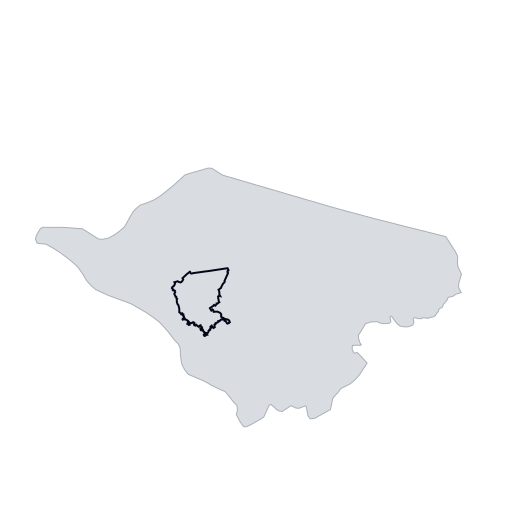 Ar-Raqqa, Ar Raqqah, Syria shown in context, rotated 228°
{"feature_id": "27442178B57458390277946", "entity_name": "Ar-Raqqa", "entity_type": "district", "adm_level": 2, "iso_a3": "SYR", "parent_name": "Syria", "parent_adm1": "Ar Raqqah", "projection": "natural_earth1", "projection_center": [39.122, 35.826], "detail": "fine", "context": "in_parent", "style": "outline", "palette": "ink", "viewbox_px": 512, "rotation_deg": 228, "n_neighbors": 0, "source": "geoboundaries", "source_scale": "gbopen_adm2", "svg_char_len": 6161}
<svg xmlns="http://www.w3.org/2000/svg" viewBox="0 0 512 512"><g transform="rotate(228 256 256)"><path d="M98.7,187.3L102.4,187.7L110.3,192.5L111.6,192.4L114.1,186.0L116.5,183.8L121.4,181.9L122.9,171.5L125.2,169.6L128.0,168.5L132.2,168.3L135.9,167.7L136.2,165.8L131.1,153.9L131.6,150.8L134.2,138.8L135.8,134.1L137.3,132.6L143.2,133.2L151.4,135.3L153.5,138.7L157.5,141.8L163.5,141.6L170.5,142.2L175.9,142.4L180.3,140.2L190.1,136.2L194.9,134.8L199.3,133.0L213.5,126.4L219.2,126.9L223.1,127.8L226.1,128.9L232.7,133.4L238.2,138.0L242.1,139.3L249.0,139.2L259.1,140.1L271.4,140.0L278.6,138.7L287.8,136.5L304.2,131.1L325.7,119.8L338.4,114.3L343.9,113.7L351.0,113.6L358.1,115.1L366.2,116.1L369.9,116.0L378.6,114.9L389.9,112.6L397.0,110.7L405.6,107.7L410.9,102.6L412.6,102.0L414.8,103.0L415.9,103.3L418.1,106.2L420.5,113.7L420.5,114.5L420.1,116.6L414.5,122.8L407.0,131.1L401.6,136.4L392.4,145.2L385.6,147.1L374.0,150.3L370.9,153.4L368.0,158.4L366.4,165.3L365.9,169.6L365.6,177.6L368.4,185.9L371.1,193.9L371.5,199.1L371.2,204.3L368.7,209.9L366.0,217.5L364.5,226.1L363.7,242.2L363.8,256.0L363.6,258.2L358.9,267.9L353.3,279.3L350.7,281.9L338.4,285.3L325.0,293.6L310.0,302.8L296.3,311.3L282.0,320.1L267.1,329.3L256.5,335.9L242.2,344.7L229.2,353.0L216.0,361.6L206.0,368.0L190.8,378.2L181.8,384.2L168.7,393.0L157.1,400.8L143.4,410.0L126.2,407.2L120.8,405.7L116.4,401.3L113.2,399.0L105.1,396.6L100.0,388.3L96.9,385.4L91.5,384.1L93.9,378.8L94.3,375.4L96.7,371.1L95.3,368.4L94.6,362.5L93.6,361.0L93.2,359.5L94.1,357.6L93.8,355.6L92.8,354.8L92.4,351.8L91.7,349.7L92.1,347.0L93.3,345.3L94.6,342.0L96.0,341.0L98.3,338.9L98.9,336.7L101.0,334.6L103.8,332.9L104.4,331.5L104.0,330.7L101.3,329.1L99.8,326.4L101.2,322.4L102.1,321.1L103.7,319.2L107.5,316.2L110.4,315.7L112.9,315.7L117.1,316.0L120.3,316.5L121.2,315.7L121.1,314.8L117.0,312.3L116.8,310.4L117.9,308.4L120.8,305.1L124.2,302.7L125.9,302.3L129.9,297.5L132.4,292.1L128.5,279.0L126.0,277.0L122.1,275.2L119.7,274.9L119.6,274.0L122.7,270.7L125.0,267.8L122.5,265.1L118.2,263.8L116.5,266.6L110.8,266.9L102.1,266.9L98.4,253.1L97.8,247.1L98.0,240.2L100.8,230.1L99.6,225.4L99.5,222.3L98.9,217.9L92.1,208.6L96.0,191.4L98.7,187.3Z" fill="#d9dde1" stroke="#a8b0b8" stroke-width="1"/><path d="M231.1,168.5L231.5,170.1L232.2,170.7L232.3,171.2L232.3,171.5L232.0,171.8L232.2,172.2L231.9,172.5L232.5,173.1L232.4,173.7L232.9,174.0L232.9,174.3L233.9,174.8L233.9,176.3L233.7,176.2L233.3,176.3L233.1,176.1L233.2,175.6L232.8,175.4L232.1,175.8L232.2,176.2L231.0,176.3L231.0,176.8L230.8,177.0L230.7,177.7L231.2,178.0L231.9,178.4L232.0,178.6L232.7,179.2L232.4,180.2L233.1,180.6L232.9,181.2L233.0,181.6L232.5,182.6L232.5,182.9L232.3,183.2L232.3,183.9L232.2,184.5L232.7,184.6L232.3,185.2L232.2,185.9L232.1,186.1L232.0,186.4L232.2,187.2L232.0,187.4L231.6,188.3L231.3,188.4L231.1,189.0L230.8,189.4L230.8,189.6L230.6,189.6L230.5,189.9L230.1,189.7L228.9,189.2L228.3,189.6L228.4,189.9L227.0,189.8L226.5,189.6L225.5,189.4L224.8,189.6L224.5,190.7L224.3,191.0L224.5,191.4L224.3,192.2L224.7,192.4L224.8,192.4L225.4,192.7L227.1,192.8L228.6,191.8L230.2,190.7L231.8,190.3L233.7,189.4L234.2,189.6L234.8,189.9L235.0,190.3L235.3,190.5L235.8,191.0L236.5,191.3L238.0,191.2L239.1,190.7L240.3,190.2L241.1,189.4L241.9,188.5L242.5,187.6L242.6,187.3L243.0,187.2L243.7,187.6L244.5,188.0L245.4,187.9L245.4,187.6L245.4,186.5L245.4,186.3L246.9,186.6L247.5,186.8L247.8,186.7L248.1,186.8L247.6,190.5L247.7,192.1L246.9,192.2L246.3,192.5L246.6,194.8L247.0,195.0L246.4,195.8L246.3,197.7L246.6,197.6L250.9,200.4L251.3,200.7L251.0,202.1L250.2,202.6L251.9,203.0L254.1,204.9L256.0,205.6L255.7,208.6L256.5,210.1L257.5,213.0L257.6,215.1L258.0,215.7L258.6,216.0L262.0,223.7L262.2,223.8L262.3,223.8L262.5,223.8L262.8,223.9L262.8,224.0L263.0,224.0L263.3,224.2L263.3,224.3L263.5,224.4L263.6,224.5L263.7,224.8L263.7,225.0L263.8,225.0L263.8,225.3L263.7,225.4L263.7,225.5L263.7,225.8L263.8,225.9L263.8,226.0L264.0,226.1L264.3,226.2L264.5,226.2L264.6,226.3L264.8,226.3L265.6,226.7L265.9,226.7L267.1,225.0L277.2,209.7L277.9,208.8L282.7,201.7L283.6,200.4L284.3,199.3L284.7,198.7L285.4,197.7L285.6,197.4L285.8,196.8L286.2,196.3L286.5,196.0L287.8,195.9L288.3,196.4L288.6,196.3L288.6,196.0L288.5,195.9L288.8,192.9L288.7,186.5L287.3,186.2L286.6,184.1L286.8,182.3L288.5,181.2L289.6,180.9L291.1,177.8L289.7,177.4L289.1,176.2L288.7,175.0L288.9,174.7L288.8,173.6L288.9,173.0L288.5,172.1L288.1,172.2L287.9,172.1L287.5,172.1L287.2,172.0L286.9,172.0L286.6,171.4L286.1,171.3L285.4,172.2L284.7,172.4L284.7,172.2L284.4,172.0L283.2,171.8L282.6,170.0L279.8,169.1L279.5,169.0L279.3,169.2L279.2,169.1L278.9,169.3L278.3,168.8L276.9,168.7L276.8,168.0L275.6,167.1L274.5,166.2L272.8,165.5L271.8,165.5L270.3,164.9L269.7,164.6L268.6,163.9L267.9,163.5L267.0,162.7L265.6,161.4L265.1,161.6L262.9,161.5L262.9,162.8L261.7,162.8L261.6,162.0L260.5,162.0L260.5,162.5L260.0,162.2L259.8,162.0L259.4,162.0L259.3,161.6L259.2,161.6L259.1,161.3L258.7,161.2L258.4,161.3L258.2,161.3L258.2,160.7L258.1,160.1L258.1,159.8L258.1,159.7L258.0,159.4L258.1,159.1L257.8,159.0L257.7,159.3L256.9,160.1L256.8,160.6L256.5,161.2L255.7,161.2L255.3,161.5L253.3,162.1L253.2,162.1L253.3,161.9L253.0,161.7L252.6,161.3L252.1,160.9L252.0,160.4L251.6,159.7L251.3,160.0L251.0,160.2L250.4,159.9L250.2,160.1L249.9,160.1L249.7,160.3L249.6,160.2L249.3,160.6L249.6,160.9L249.7,161.1L250.8,161.3L250.9,161.6L251.7,161.7L250.9,162.1L250.2,162.4L249.5,162.8L249.1,163.4L249.1,163.9L249.1,164.1L248.9,164.7L248.9,165.0L247.9,165.3L247.9,165.0L247.7,165.0L247.3,165.3L247.1,165.1L247.2,164.8L246.6,164.5L246.5,164.0L245.9,163.9L245.8,164.3L245.0,164.4L245.1,165.0L244.8,165.7L244.2,165.5L241.5,166.1L241.5,166.6L242.0,166.6L241.8,168.0L241.7,168.2L241.3,168.1L241.3,168.3L240.6,168.0L240.1,168.0L240.0,167.9L239.9,168.0L239.4,168.1L239.4,167.9L238.4,167.5L238.8,166.3L238.7,166.0L238.8,165.8L237.6,165.5L237.3,165.8L237.1,167.0L236.8,167.2L236.5,167.0L236.2,167.0L235.4,166.6L235.3,166.4L234.9,166.5L234.4,166.7L234.1,166.6L233.0,165.9L232.5,166.2L232.4,166.1L232.3,164.4L231.1,164.2L230.7,164.8L230.7,166.0L230.2,166.9L230.3,166.9L230.6,166.9L230.7,167.0L231.0,167.3L231.2,167.8L231.7,167.8L231.4,168.0L231.1,168.5Z" fill="none" stroke="#020617" stroke-width="2"/></g></svg>